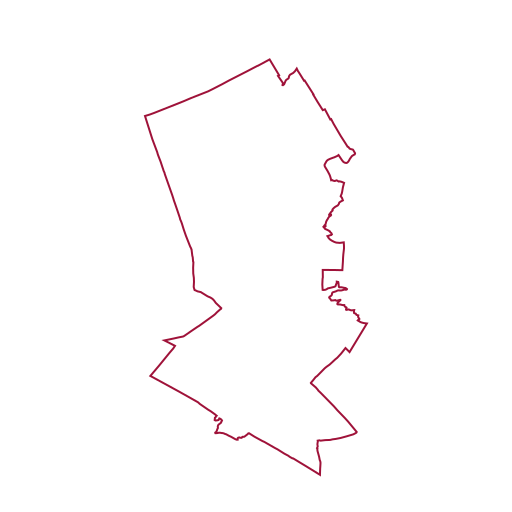 outline of Tupilati, Iasi, Romania, rotated 286°
{"feature_id": "2599482B71903072457924", "entity_name": "Tupilati", "entity_type": "district", "adm_level": 2, "iso_a3": "ROU", "parent_name": "Romania", "parent_adm1": "Iasi", "projection": "albers", "projection_center": [26.646, 47.081], "detail": "fine", "context": "isolated", "style": "outline", "palette": "rose", "viewbox_px": 512, "rotation_deg": 286, "n_neighbors": 0, "source": "geoboundaries", "source_scale": "gbopen_adm2", "svg_char_len": 6040}
<svg xmlns="http://www.w3.org/2000/svg" viewBox="0 0 512 512"><g transform="rotate(286 256 256)"><path d="M189.4,372.4L221.7,381.2L221.5,380.0L221.3,378.6L221.2,377.2L221.2,375.6L221.3,374.6L222.1,371.6L223.0,372.0L223.2,372.5L223.7,372.5L224.0,372.7L225.4,371.1L226.0,370.8L227.1,370.7L227.1,369.0L227.3,368.5L227.9,368.0L228.1,367.7L228.1,366.3L228.2,366.0L228.8,365.7L229.8,365.4L231.1,365.3L231.0,365.0L230.5,364.0L230.0,362.4L230.0,361.4L230.2,359.9L229.4,358.3L229.2,357.9L229.1,357.6L229.2,357.4L229.6,357.2L230.1,357.2L230.9,357.4L231.3,357.3L231.5,357.0L231.7,355.9L231.9,355.4L232.4,354.8L233.2,354.4L232.7,352.7L232.6,350.4L232.5,349.8L232.0,348.0L232.1,347.6L232.3,347.4L233.4,347.4L234.2,347.8L236.8,349.3L237.0,349.3L237.1,349.2L236.9,348.7L235.7,346.7L235.2,345.7L235.2,345.3L235.3,345.0L235.5,344.4L234.8,343.0L234.0,340.7L234.9,339.6L235.5,338.9L235.9,338.1L236.2,337.8L236.7,337.8L237.2,338.0L237.6,338.4L238.4,339.1L239.0,339.4L239.6,339.6L241.1,339.4L241.6,339.5L242.0,339.6L242.3,339.9L244.1,342.6L245.2,343.8L245.6,344.5L246.2,347.0L246.6,347.9L248.0,350.1L248.2,350.7L248.3,351.5L248.4,351.9L248.9,352.5L249.1,352.6L249.3,352.6L249.8,351.3L249.9,350.9L249.7,349.4L249.5,346.7L248.9,344.8L249.0,344.4L250.0,343.8L253.0,342.6L253.7,342.2L253.6,340.7L252.1,341.1L251.0,340.8L249.2,340.8L248.6,340.5L248.1,340.0L246.1,336.6L244.7,334.0L243.6,333.1L242.8,332.2L242.0,330.5L241.8,329.4L246.9,327.6L252.3,326.3L254.0,326.1L261.0,324.0L264.1,335.0L265.0,338.5L266.2,342.9L274.5,341.1L278.2,340.2L281.6,339.5L285.2,338.9L287.5,338.5L289.9,337.8L293.3,336.6L291.7,333.0L291.0,329.4L291.1,327.4L291.3,326.5L291.5,325.2L292.2,322.8L292.8,321.7L293.4,320.7L293.9,320.3L294.8,319.2L296.5,321.7L296.9,322.5L297.7,323.0L298.7,322.2L299.4,320.8L300.0,320.3L300.0,319.9L300.4,319.1L300.8,317.0L301.1,314.9L301.8,314.1L302.4,313.0L302.6,312.8L303.2,313.3L303.5,313.6L303.4,314.1L303.5,314.5L304.0,314.7L304.3,314.4L304.5,313.5L305.3,313.9L305.8,314.1L308.3,314.0L310.1,314.3L311.1,314.7L312.3,314.9L314.0,315.5L315.4,316.7L316.1,316.9L316.5,316.7L316.8,316.3L316.3,315.8L315.6,315.6L315.2,315.3L315.5,315.0L315.9,314.9L318.9,316.0L320.8,317.1L321.2,316.8L321.8,316.7L323.5,317.5L325.1,318.6L327.2,320.7L328.9,321.3L330.3,321.3L331.6,322.3L333.4,324.2L334.4,323.5L335.8,322.4L336.8,320.9L339.5,321.2L341.6,321.1L346.0,320.6L350.6,320.5L350.9,317.7L350.8,315.7L350.4,315.1L350.4,314.7L350.6,314.2L350.9,313.0L350.9,312.5L350.0,311.4L349.8,311.0L349.7,309.9L349.8,308.6L350.0,308.2L349.5,307.4L350.0,307.1L351.0,306.6L353.2,305.2L354.5,304.2L357.5,301.3L361.0,297.5L361.9,297.0L362.3,296.8L362.9,296.8L366.4,297.6L367.5,298.1L368.4,298.8L369.8,300.4L371.8,303.1L372.4,304.0L374.6,306.6L375.4,307.2L375.8,307.5L371.5,312.6L370.9,313.6L370.6,313.9L370.2,315.3L370.2,316.4L370.4,317.4L370.9,318.0L371.6,318.4L372.4,318.8L373.5,319.1L375.3,319.5L378.4,320.6L380.2,322.1L380.7,322.8L381.6,323.0L382.1,322.9L384.7,320.2L385.0,319.7L384.9,318.2L385.0,316.4L386.1,315.0L386.4,314.2L386.3,313.9L388.3,311.7L394.7,304.4L404.4,294.2L408.3,290.5L407.7,289.8L416.0,281.8L414.6,280.0L421.2,272.6L426.9,266.5L427.2,266.7L438.1,254.4L437.7,253.9L442.7,248.4L444.8,246.0L445.4,245.2L445.6,245.1L447.4,243.5L444.3,242.5L442.2,241.3L439.8,238.9L439.0,238.5L437.8,238.2L436.3,238.4L435.7,238.2L434.9,237.7L434.6,237.3L433.5,236.5L432.9,236.2L428.8,235.7L427.6,234.8L427.6,234.4L428.3,234.3L428.5,234.6L428.9,234.8L429.3,234.7L435.2,227.5L436.1,228.4L448.7,214.9L439.3,205.3L439.2,205.0L435.8,201.4L431.3,196.7L417.2,181.6L411.9,176.2L404.2,168.0L401.0,164.5L389.9,150.0L384.6,143.5L365.4,118.6L362.7,114.9L360.0,110.7L339.8,124.1L328.6,132.4L327.1,133.3L325.8,134.2L320.4,138.3L315.4,141.7L313.7,142.9L312.7,143.5L310.8,145.1L309.7,145.7L304.2,149.6L291.7,158.5L288.6,160.6L286.7,161.8L284.2,163.6L277.9,168.0L271.8,172.2L270.2,173.1L268.7,174.4L266.8,175.8L261.6,179.2L256.2,183.0L247.6,189.6L246.5,190.5L245.5,191.5L244.9,191.8L244.6,192.2L238.7,194.7L237.4,195.5L236.1,196.0L235.6,196.2L233.2,197.1L232.9,197.5L227.4,198.8L221.9,200.5L217.8,202.3L214.1,203.5L209.3,204.6L208.6,204.9L207.7,205.5L206.7,206.1L206.3,206.4L206.3,207.2L205.9,209.6L206.1,212.9L205.9,213.5L204.8,217.4L204.5,218.4L203.9,220.6L203.5,223.7L202.8,226.0L201.7,227.9L199.8,230.3L196.3,237.0L195.7,237.0L195.6,236.8L191.2,234.0L188.6,232.6L186.8,231.3L173.2,220.6L171.7,219.2L166.3,214.7L159.8,209.4L158.8,208.5L158.4,207.9L156.4,204.0L154.1,199.8L149.6,191.2L147.3,202.9L144.2,201.9L139.2,199.6L123.8,193.0L111.6,187.5L104.5,219.2L99.4,240.6L98.3,242.8L95.1,252.3L94.3,255.2L92.5,260.2L91.6,262.2L91.0,261.8L90.6,261.7L89.8,261.6L89.2,261.1L86.9,261.5L86.7,262.4L87.3,263.9L88.0,265.2L89.8,265.5L89.8,265.8L89.5,267.0L89.2,267.8L88.7,268.4L88.4,268.7L87.1,268.3L86.4,268.4L85.9,268.2L83.7,266.6L83.1,266.3L82.5,266.2L81.4,266.3L80.7,266.6L80.2,266.8L78.6,266.5L77.3,266.5L76.4,266.3L75.7,266.1L75.2,265.6L74.8,265.5L74.5,265.8L74.9,267.1L75.9,269.1L76.2,270.1L76.3,271.2L76.4,272.0L76.6,272.7L76.6,274.1L76.4,275.3L76.4,276.5L76.2,277.4L75.7,279.5L75.4,281.7L74.2,286.7L74.1,288.1L74.4,289.0L74.7,288.9L74.9,288.7L76.0,288.7L76.5,289.1L76.9,289.8L77.0,290.0L76.9,290.8L77.3,292.3L77.6,292.5L78.3,292.7L78.5,292.9L78.8,294.1L79.2,294.7L82.5,297.1L83.4,297.5L83.7,298.2L81.9,304.3L79.9,313.1L79.6,315.2L76.6,327.4L76.1,329.9L73.8,337.8L72.9,342.1L72.3,343.6L71.5,346.8L71.7,347.2L71.5,348.2L69.6,355.1L67.6,362.5L63.3,377.8L69.2,376.3L72.9,375.5L75.0,375.0L76.3,374.4L77.6,373.4L80.4,372.0L85.5,368.9L86.4,368.5L87.2,368.2L87.7,368.2L88.1,367.6L89.5,367.8L90.0,367.8L92.0,366.9L94.9,366.5L95.5,366.2L96.3,367.8L96.3,369.0L98.1,373.3L99.3,377.0L99.7,378.1L100.9,380.2L102.1,383.0L104.4,387.5L107.5,392.6L111.4,398.7L113.4,400.8L114.0,401.2L114.6,401.3L122.2,390.2L124.8,386.0L130.1,376.8L133.0,372.3L142.4,355.7L143.8,353.0L144.6,352.1L145.6,350.5L146.0,350.0L148.8,343.9L149.1,343.7L152.7,345.3L155.9,346.6L157.6,347.9L167.0,353.0L168.9,354.3L171.9,356.7L178.5,360.7L180.5,362.1L185.6,364.7L192.2,367.4L190.0,371.4L189.4,372.4Z" fill="none" stroke="#9f1239" stroke-width="2"/></g></svg>